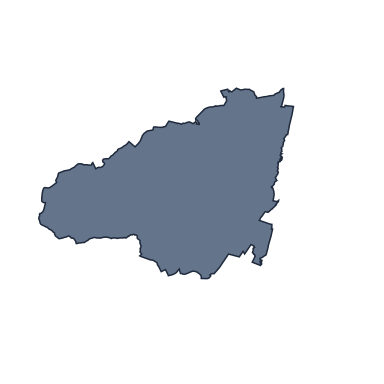 the district of Ulmeni, Maramures, Romania, rotated 140°
{"feature_id": "2599482B24457515163522", "entity_name": "Ulmeni", "entity_type": "district", "adm_level": 2, "iso_a3": "ROU", "parent_name": "Romania", "parent_adm1": "Maramures", "projection": "natural_earth1", "projection_center": [23.289, 47.463], "detail": "fine", "context": "isolated", "style": "filled", "palette": "slate", "viewbox_px": 384, "rotation_deg": 140, "n_neighbors": 0, "source": "geoboundaries", "source_scale": "gbopen_adm2", "svg_char_len": 6023}
<svg xmlns="http://www.w3.org/2000/svg" viewBox="0 0 384 384"><g transform="rotate(140 192 192)"><path d="M310.2,284.8L313.0,281.6L312.9,280.5L312.5,279.3L311.1,278.0L316.5,274.0L318.5,272.9L321.0,272.6L322.3,273.3L323.0,273.1L324.2,271.5L325.3,271.2L326.6,270.0L326.9,268.7L328.4,265.5L328.5,264.6L328.2,263.4L326.7,260.2L326.4,259.2L325.5,257.8L325.4,255.8L324.1,252.5L324.2,251.0L323.7,249.5L323.7,248.9L324.4,248.0L324.8,245.9L324.2,243.3L324.2,242.3L323.7,241.6L323.1,241.2L320.7,239.9L319.4,239.5L317.3,238.4L315.1,237.8L314.2,236.8L314.0,236.3L314.3,235.3L314.0,234.3L313.6,233.7L312.6,232.8L312.5,232.4L312.7,229.6L313.0,228.4L313.7,227.3L313.8,226.9L313.6,226.6L311.1,225.5L310.1,224.6L308.0,223.4L307.0,222.5L304.5,222.3L303.2,221.9L300.8,222.0L296.0,220.0L295.4,219.3L294.8,218.2L292.8,216.6L292.4,216.0L291.8,215.6L291.4,215.6L290.3,214.7L288.9,214.3L287.9,213.4L287.1,213.1L286.7,212.4L286.1,212.0L286.0,211.7L284.5,209.9L284.1,208.8L283.6,208.1L282.7,208.1L281.5,207.0L280.8,206.8L279.8,205.5L279.7,205.2L278.8,204.3L276.7,203.2L276.0,202.4L275.3,202.1L274.6,201.2L273.9,201.1L273.7,200.8L272.9,200.4L272.5,199.4L271.2,199.0L270.1,199.2L269.6,198.9L269.2,199.0L269.1,198.8L268.4,198.7L266.4,198.6L265.7,198.0L265.5,197.6L264.0,197.2L263.6,196.8L263.5,195.9L263.3,195.6L262.8,195.4L262.3,194.4L262.1,193.8L262.6,192.9L263.4,192.3L263.6,191.9L263.7,190.9L263.4,190.3L263.1,188.7L263.2,188.0L264.3,186.8L264.9,185.9L265.8,183.2L268.2,181.9L268.1,181.6L268.2,181.4L268.8,181.0L269.2,180.3L270.4,179.6L270.3,179.4L270.4,176.8L273.1,176.7L272.9,176.0L267.5,166.7L266.2,165.4L265.5,164.3L264.8,161.9L264.3,160.9L264.6,159.5L265.3,158.4L265.4,156.4L266.8,150.8L262.2,149.6L263.7,143.4L263.9,143.1L260.3,141.3L258.3,140.7L256.5,140.4L255.3,140.4L251.3,141.2L253.2,137.0L252.7,136.8L251.8,135.0L250.3,133.6L249.2,133.1L243.1,131.2L241.5,130.3L239.7,127.6L238.8,124.1L238.8,122.4L239.1,121.5L240.5,119.8L236.2,116.0L235.3,115.5L233.9,115.2L231.6,115.7L231.6,117.0L230.6,116.9L229.1,116.5L228.3,116.0L227.7,115.2L219.9,116.4L203.9,121.0L197.5,111.9L191.0,113.7L191.5,110.7L180.6,113.8L179.3,111.0L179.7,110.5L179.6,109.4L180.3,109.4L181.0,109.6L181.5,109.5L181.9,109.1L182.1,108.3L184.7,106.7L184.7,106.3L184.3,105.6L184.8,104.7L184.3,103.7L184.4,103.4L185.0,102.6L184.9,102.2L191.0,99.5L186.8,91.8L186.4,92.1L185.4,91.8L184.8,92.2L184.6,92.6L185.3,93.3L185.4,93.7L185.3,93.8L183.9,93.7L183.5,93.8L183.5,94.1L184.4,94.5L184.6,94.8L184.5,95.1L184.2,95.1L182.7,94.5L182.3,94.7L183.2,96.2L183.1,96.7L182.6,97.5L180.2,96.7L176.8,96.5L175.9,96.2L174.7,96.9L168.9,101.0L168.3,101.7L160.0,107.3L154.1,111.8L154.9,112.7L153.7,113.4L151.6,115.9L152.5,116.7L158.7,127.0L154.7,128.5L154.3,128.5L154.1,128.4L148.8,129.9L148.3,129.6L146.9,127.6L146.3,127.5L142.3,127.7L141.8,127.5L135.8,128.0L135.9,128.6L132.0,129.1L131.1,129.9L132.5,129.9L133.1,130.0L133.3,130.5L133.8,130.9L135.5,133.2L131.4,136.6L130.0,138.2L129.5,139.3L129.1,139.5L127.5,143.5L127.7,143.8L127.6,144.1L128.1,144.2L127.8,144.9L127.4,144.8L127.3,144.6L124.0,145.1L123.5,145.7L122.7,146.0L122.0,146.6L119.6,146.2L119.0,149.3L114.8,150.7L113.4,151.5L113.0,152.1L113.1,153.4L111.7,154.0L110.6,154.9L110.8,155.8L109.8,156.3L108.1,157.7L107.5,159.2L106.9,159.5L106.7,159.0L106.2,159.2L104.9,158.7L104.5,159.9L103.9,160.2L103.4,158.9L103.0,158.8L102.3,159.2L102.9,159.9L102.7,160.8L102.4,160.8L101.2,160.0L100.9,160.2L101.6,161.1L101.3,161.4L100.3,161.5L100.3,161.8L100.7,162.0L100.9,162.6L101.0,162.9L100.8,163.5L100.3,163.8L98.6,163.5L99.1,164.3L98.8,164.9L98.4,165.2L97.0,165.3L96.6,166.5L95.6,167.0L95.5,168.2L95.3,168.5L93.2,168.6L91.1,170.2L90.1,171.3L88.0,171.9L87.7,172.5L87.6,173.8L85.9,174.1L82.7,175.1L81.8,174.5L80.0,175.9L79.3,176.7L77.0,178.3L76.6,178.8L76.0,179.1L75.2,180.0L65.9,186.8L61.4,190.5L60.4,191.5L59.5,192.0L59.9,192.5L59.6,192.7L63.2,196.4L65.0,198.5L66.2,197.7L66.6,197.6L69.1,200.2L69.1,200.4L68.3,200.3L67.9,200.4L61.7,204.9L61.0,205.3L59.0,207.4L57.0,210.6L55.5,212.1L55.8,212.2L55.7,212.8L58.2,213.0L61.6,212.3L62.1,212.7L65.0,213.6L67.3,213.5L70.9,215.9L74.2,217.6L75.0,218.3L82.3,222.3L82.4,222.5L81.5,223.2L81.3,223.6L81.5,226.1L81.0,227.0L80.3,229.2L81.6,232.2L82.0,233.7L83.8,235.2L85.3,236.7L88.4,238.3L89.2,239.0L91.3,243.0L97.1,243.1L97.7,244.1L98.1,245.4L99.2,244.9L99.4,245.1L99.1,246.2L98.7,246.9L98.6,247.8L104.8,250.8L105.1,250.9L106.7,244.1L105.6,243.8L104.6,242.8L105.6,242.1L105.7,241.4L107.0,239.5L112.0,237.8L114.0,239.5L118.4,242.1L118.3,242.7L120.9,243.6L124.0,245.8L125.7,246.5L127.6,247.2L129.6,247.5L130.3,247.5L131.4,247.1L132.5,247.1L140.4,246.4L142.1,245.9L142.8,244.6L142.0,244.1L142.0,242.5L142.4,241.4L142.2,240.5L142.9,239.1L143.1,239.1L143.4,240.0L144.8,241.1L144.1,241.6L143.9,242.4L144.0,243.7L145.2,243.4L146.8,243.7L147.2,243.6L148.7,247.0L149.5,247.7L151.2,248.6L153.1,249.0L153.9,249.6L154.6,250.5L156.6,250.7L157.2,252.1L158.7,253.9L159.3,254.0L159.3,254.5L164.1,261.1L166.7,260.4L169.9,259.3L171.0,259.6L171.2,259.9L171.9,260.2L172.7,260.3L173.2,260.9L174.0,261.1L174.6,261.9L175.5,262.5L178.3,265.5L179.6,266.4L180.7,265.8L181.5,264.9L181.9,264.7L183.6,265.5L187.1,267.5L191.2,267.7L194.3,266.9L195.2,266.1L196.4,265.7L198.4,264.5L201.6,263.7L206.6,263.2L207.9,271.1L210.8,270.6L212.4,270.5L214.5,271.0L216.2,271.0L217.9,271.2L220.8,272.2L221.5,272.2L222.9,271.5L223.9,271.4L225.2,271.7L229.0,271.2L231.1,271.6L232.9,271.1L234.2,271.1L234.9,271.4L236.5,272.8L238.7,274.1L239.3,274.0L240.2,273.6L240.9,272.4L240.9,272.0L240.6,270.6L240.9,269.8L241.8,269.4L244.0,268.9L246.3,269.6L247.7,271.0L249.0,271.4L250.8,271.7L249.1,278.3L250.3,278.2L251.6,277.3L252.4,277.7L254.4,279.7L255.2,280.7L257.3,282.3L257.8,283.0L257.8,283.6L259.7,285.8L260.5,286.3L261.5,286.8L264.3,286.8L265.9,286.6L269.9,287.5L271.2,287.5L276.9,290.6L278.3,290.9L281.7,292.2L282.7,291.9L285.2,290.0L288.6,288.6L289.0,288.3L289.4,286.5L289.6,286.3L295.2,286.5L298.6,286.9L299.5,287.4L301.6,289.7L302.3,290.2L302.8,290.3L305.0,289.3L308.2,286.7L309.7,285.0L310.2,284.8Z" fill="#64748b" stroke="#1e293b" stroke-width="1.5"/></g></svg>